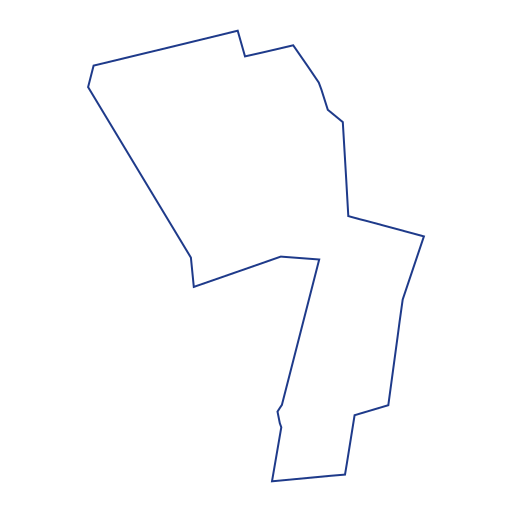 the district of São Pedro do Piauí, Piauí, Brazil
{"feature_id": "56859067B6189089480157", "entity_name": "São Pedro do Piauí", "entity_type": "district", "adm_level": 2, "iso_a3": "BRA", "parent_name": "Brazil", "parent_adm1": "Piauí", "projection": "robinson", "projection_center": [-42.771, -5.847], "detail": "fine", "context": "isolated", "style": "outline", "palette": "blue", "viewbox_px": 512, "rotation_deg": 0, "n_neighbors": 0, "source": "geoboundaries", "source_scale": "gbopen_adm2", "svg_char_len": 592}
<svg xmlns="http://www.w3.org/2000/svg" viewBox="0 0 512 512"><path d="M318.8,82.6L307.9,66.5L293.2,45.3L262.4,52.5L245.0,56.4L237.7,30.7L193.0,41.6L185.7,43.4L140.1,54.4L93.6,65.6L88.1,87.1L145.1,181.7L190.9,257.6L193.8,286.9L234.1,272.9L280.8,256.6L319.2,259.5L281.9,404.9L279.8,408.0L277.5,411.6L279.8,423.2L281.3,427.3L272.0,481.3L330.5,475.8L345.0,474.6L346.8,463.8L354.6,415.2L388.3,405.2L397.6,336.7L399.5,322.3L402.7,299.5L423.9,236.4L365.3,220.6L359.6,219.2L348.3,216.1L346.3,180.9L342.8,122.1L327.8,109.8L321.4,89.6L318.8,82.6Z" fill="none" stroke="#1e3a8a" stroke-width="2"/></svg>